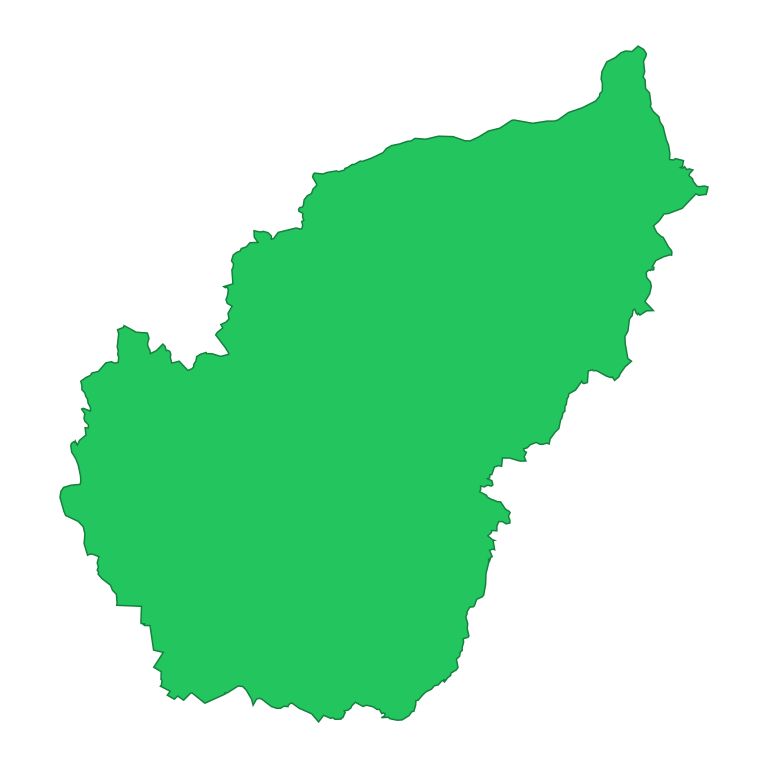 the district of Ribita, Hunedoara, Romania
{"feature_id": "2599482B73677730773084", "entity_name": "Ribita", "entity_type": "district", "adm_level": 2, "iso_a3": "ROU", "parent_name": "Romania", "parent_adm1": "Hunedoara", "projection": "natural_earth1", "projection_center": [22.806, 46.214], "detail": "fine", "context": "isolated", "style": "filled", "palette": "green", "viewbox_px": 768, "rotation_deg": 0, "n_neighbors": 0, "source": "geoboundaries", "source_scale": "gbopen_adm2", "svg_char_len": 6057}
<svg xmlns="http://www.w3.org/2000/svg" viewBox="0 0 768 768"><path d="M653.4,310.6L644.9,301.6L649.7,293.7L651.3,286.3L650.4,282.0L646.6,277.3L646.3,272.3L648.9,270.0L650.6,270.5L651.5,269.1L652.8,270.1L653.8,269.6L653.9,267.3L652.3,266.8L655.8,260.6L663.5,256.8L670.3,254.8L671.6,255.2L671.9,252.4L671.5,250.6L668.4,246.8L663.2,237.4L661.1,236.5L656.8,232.6L653.5,225.9L659.3,220.7L664.0,214.0L668.2,213.6L682.1,208.4L696.0,193.8L698.7,195.3L706.2,194.4L708.0,187.0L704.6,186.0L698.9,186.7L696.8,186.0L693.3,181.5L692.5,178.7L688.9,175.6L689.8,173.3L692.9,170.0L689.5,168.9L686.6,169.5L684.6,166.6L682.9,168.1L680.4,167.6L682.5,166.3L683.5,160.6L675.3,158.6L673.6,160.0L669.5,159.5L669.9,153.7L668.5,145.0L666.3,139.8L663.1,126.7L660.0,121.8L658.9,116.8L653.1,111.3L650.3,106.2L651.0,104.1L649.5,92.8L645.6,88.7L645.1,79.9L643.1,76.9L644.7,71.8L643.5,61.3L646.0,56.0L646.3,53.6L643.8,49.6L638.1,46.1L632.0,51.5L625.7,51.0L621.2,52.6L615.3,57.6L606.8,61.8L602.0,71.5L601.1,78.9L602.4,83.2L602.2,91.2L599.9,93.6L599.3,96.6L595.5,101.1L582.2,107.8L568.5,112.5L558.3,119.8L554.5,121.1L547.1,121.1L532.6,123.3L514.0,120.0L511.7,120.4L499.8,128.2L488.4,131.0L478.6,137.0L470.1,140.9L465.0,140.8L453.0,136.6L438.5,136.2L425.8,139.2L414.9,138.4L411.1,141.0L407.4,141.3L399.8,143.9L391.5,145.6L386.5,148.5L383.1,152.6L371.1,158.3L362.6,161.3L360.2,161.1L354.4,164.4L352.1,164.5L347.6,167.6L345.1,168.3L344.2,170.1L338.4,171.7L336.6,170.9L326.9,172.5L323.0,174.0L314.4,173.1L313.3,174.3L312.6,177.1L316.7,184.3L316.5,185.6L313.1,189.0L311.4,193.6L307.4,195.7L304.2,199.7L303.3,205.6L302.1,207.3L299.8,207.5L298.6,209.2L298.9,211.2L302.8,213.4L302.6,217.1L303.8,220.4L301.7,221.5L302.7,225.4L301.9,228.6L300.5,229.1L296.1,228.0L278.2,232.4L273.8,238.4L271.3,239.2L271.4,236.1L268.1,232.7L263.4,231.4L260.0,232.0L254.0,230.7L254.3,237.3L258.0,242.4L250.0,242.7L246.2,247.0L241.3,248.5L240.2,251.0L236.4,252.5L233.3,255.0L231.5,260.9L233.5,263.7L233.1,267.2L231.9,269.7L232.9,283.9L223.7,286.6L225.3,287.7L227.4,287.2L228.3,290.0L227.5,295.5L226.0,299.7L227.3,303.4L232.1,306.2L228.0,313.3L229.0,319.0L225.8,322.2L220.8,324.5L222.8,327.9L217.4,332.3L215.7,334.9L225.3,347.6L228.6,353.0L228.6,354.4L220.4,356.4L212.0,353.7L206.7,353.6L206.1,352.5L200.6,354.2L196.7,356.6L196.0,360.9L193.9,364.0L193.7,366.7L192.1,368.7L187.8,370.4L179.2,361.2L171.8,363.1L170.3,357.5L170.8,354.1L169.8,351.4L167.8,350.3L166.2,350.6L165.0,346.3L162.9,344.1L156.3,350.7L150.4,353.6L149.9,350.4L147.7,345.9L147.7,342.6L149.0,338.5L147.4,333.0L136.2,332.2L124.1,325.6L123.3,327.5L117.5,329.7L118.7,333.8L117.2,347.0L118.3,350.9L117.7,354.6L118.7,357.1L118.2,362.3L114.7,363.2L111.4,361.7L105.8,362.9L98.4,371.4L91.7,373.1L90.5,375.4L85.9,377.5L80.8,381.2L81.9,385.7L81.9,389.7L84.8,392.8L85.7,396.2L87.5,399.1L88.1,403.2L90.5,407.6L90.4,411.1L83.3,408.3L81.6,409.1L84.8,413.7L84.0,418.3L84.9,421.3L88.5,424.9L88.2,428.0L85.1,427.7L86.0,435.0L79.5,440.4L77.3,445.1L75.2,441.0L74.7,442.4L73.7,441.8L71.5,443.4L70.8,445.9L71.7,452.1L76.0,459.2L78.3,465.3L80.5,475.9L80.8,481.1L80.1,484.4L70.9,485.2L63.5,487.5L60.9,491.4L60.0,497.4L63.9,511.3L65.7,515.5L78.1,521.3L83.2,526.6L84.9,533.8L84.1,543.6L87.6,555.2L89.9,554.1L92.7,554.2L98.9,556.7L97.2,563.0L98.4,566.9L97.2,570.3L98.6,572.0L98.1,574.1L102.0,578.7L110.5,585.2L112.5,590.3L116.4,594.3L117.1,603.3L116.7,605.3L141.5,606.3L140.9,622.6L141.2,623.5L145.3,624.0L143.4,624.5L144.5,625.5L150.0,625.6L153.6,650.1L163.3,652.4L153.7,667.3L161.2,671.6L161.0,679.4L162.1,680.3L161.3,685.3L160.4,686.2L170.2,691.2L167.3,695.2L174.4,699.2L177.7,696.0L183.6,700.2L190.5,693.3L191.9,692.8L204.9,703.2L224.8,694.2L225.6,693.7L225.1,692.9L227.5,692.8L238.1,686.0L242.7,686.5L246.2,690.0L251.6,699.2L253.1,705.2L256.5,699.1L259.4,698.3L261.9,699.2L271.2,706.4L276.6,708.3L280.5,708.3L283.9,706.2L288.0,706.6L288.0,705.8L289.8,703.7L291.9,703.0L299.1,708.2L311.7,713.8L318.6,721.9L323.6,715.3L330.6,718.3L333.1,717.7L334.9,719.3L341.1,719.1L341.5,718.0L342.8,717.7L345.2,712.4L344.2,710.8L348.1,710.1L350.8,708.0L351.9,705.7L355.4,702.3L363.1,706.5L366.5,705.2L373.3,706.9L377.0,709.5L379.4,709.3L381.7,713.6L383.6,712.8L385.2,714.1L384.6,715.8L381.4,717.7L388.5,717.2L389.4,718.5L392.1,719.2L397.3,720.2L402.2,719.9L409.0,715.6L411.8,711.7L413.9,711.2L415.7,704.9L415.9,700.7L418.2,700.2L423.3,694.3L426.2,691.7L431.4,689.2L434.4,685.7L438.0,685.0L441.6,681.2L445.1,679.4L443.8,681.3L444.4,682.0L447.9,677.5L450.5,675.6L451.1,673.0L456.2,670.0L458.0,667.5L456.4,659.2L459.6,656.2L460.3,652.1L462.2,650.5L462.1,647.6L463.6,642.4L463.3,638.7L468.0,637.3L468.9,636.0L467.2,628.6L467.7,623.7L465.8,616.9L467.1,613.8L467.1,611.7L469.8,607.1L473.3,606.8L474.4,605.8L476.7,599.3L482.2,596.9L483.7,595.0L485.6,584.5L486.0,573.6L488.7,562.5L488.6,559.1L489.7,559.1L489.9,560.0L490.7,557.5L492.2,556.6L489.5,550.2L493.2,549.1L494.6,549.7L493.1,540.7L494.4,540.4L492.4,539.7L487.8,535.8L491.2,532.8L491.7,530.5L496.9,530.8L496.8,526.2L498.8,521.7L502.4,521.5L506.1,523.9L510.0,522.9L509.8,519.9L508.7,517.3L508.6,515.7L510.1,512.7L509.4,511.5L505.5,509.2L500.6,501.9L497.7,501.7L490.1,498.8L486.8,496.7L486.7,495.4L479.6,491.7L480.7,489.7L480.6,486.1L484.2,486.9L487.7,485.2L491.3,486.1L492.9,484.9L491.9,480.7L487.5,478.7L489.7,477.7L489.7,474.9L491.8,474.6L494.3,467.1L498.5,465.6L501.6,466.3L502.4,458.1L509.5,458.0L520.0,461.1L525.9,461.0L524.2,456.8L526.4,452.3L524.3,451.1L523.7,448.7L527.1,447.9L530.3,444.7L536.2,442.4L539.7,444.2L542.6,444.4L546.7,443.1L549.2,444.0L550.1,439.0L555.1,432.2L558.9,428.5L560.6,419.8L561.7,418.5L563.1,412.7L564.9,411.2L564.9,406.4L566.3,404.4L567.0,399.1L568.5,396.3L568.7,393.9L575.5,390.1L581.8,381.2L582.4,382.8L583.9,383.6L587.4,382.5L588.2,371.1L592.4,369.8L593.2,370.7L596.8,370.7L606.4,376.1L611.1,377.6L612.3,377.0L614.6,380.4L618.8,376.9L620.3,373.5L625.1,366.8L631.5,361.2L627.8,358.5L625.2,343.5L624.9,336.5L627.9,331.1L629.3,320.2L629.9,318.3L632.3,315.5L633.0,310.2L634.7,309.1L636.2,313.2L637.6,314.6L638.2,313.4L639.9,315.1L646.7,310.8L653.4,310.6Z" fill="#22c55e" stroke="#15803d" stroke-width="1.5"/></svg>